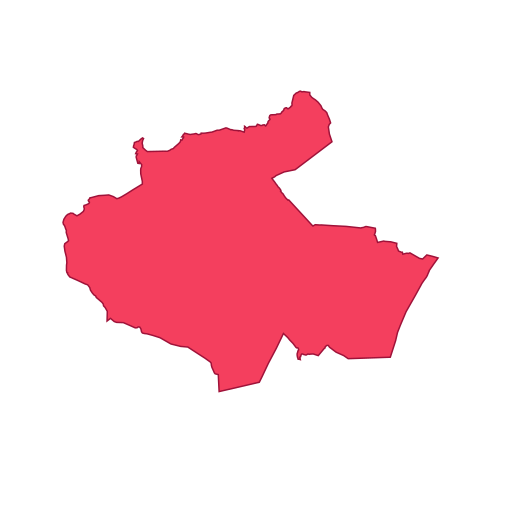 outline of Huiramba, Michoacán, Mexico, rotated 136°
{"feature_id": "50627088B30208829645269", "entity_name": "Huiramba", "entity_type": "district", "adm_level": 2, "iso_a3": "MEX", "parent_name": "Mexico", "parent_adm1": "Michoacán", "projection": "natural_earth1", "projection_center": [-101.469, 19.525], "detail": "fine", "context": "isolated", "style": "filled", "palette": "rose", "viewbox_px": 512, "rotation_deg": 136, "n_neighbors": 0, "source": "geoboundaries", "source_scale": "gbopen_adm2", "svg_char_len": 6085}
<svg xmlns="http://www.w3.org/2000/svg" viewBox="0 0 512 512"><g transform="rotate(136 256 256)"><path d="M393.2,289.2L392.8,288.2L391.4,287.0L389.9,286.8L389.0,285.5L389.5,283.4L391.0,281.0L391.2,279.5L390.1,277.7L388.5,275.8L385.4,270.6L381.8,263.9L378.3,251.8L373.0,243.3L368.3,237.9L365.9,227.4L363.7,218.0L362.5,211.5L362.7,210.0L364.0,208.4L365.0,206.6L367.1,200.9L367.2,199.6L365.5,196.9L376.7,184.1L341.3,162.9L335.7,164.9L321.7,170.2L305.5,175.5L290.1,181.2L289.8,175.3L290.1,172.3L290.1,171.2L290.1,167.4L290.7,162.5L290.6,161.7L290.2,161.4L289.7,160.9L290.0,159.7L290.5,158.9L292.0,158.5L292.4,158.1L294.2,157.2L295.2,156.2L295.7,155.5L296.4,154.5L296.9,153.4L297.4,152.5L296.7,151.8L296.1,150.7L295.4,151.8L294.9,152.8L294.0,152.5L292.5,153.4L291.4,153.8L290.9,153.5L290.4,152.9L290.3,152.3L289.9,151.7L289.3,150.7L288.8,150.0L287.8,149.7L286.7,149.4L286.1,148.4L285.1,147.7L282.9,145.8L280.4,141.1L271.0,142.1L270.3,141.9L269.3,142.6L268.6,142.5L268.0,142.6L267.5,142.6L266.7,142.1L266.1,141.4L266.5,139.4L265.7,134.4L265.2,131.2L262.1,123.5L261.0,118.1L229.7,89.9L214.4,98.1L207.3,102.7L200.1,106.0L186.7,111.7L169.0,116.9L160.6,119.5L158.3,120.2L155.9,121.0L152.0,121.8L148.3,122.4L146.0,123.1L145.7,123.3L144.8,123.7L141.6,125.0L141.4,125.3L140.6,125.4L133.5,126.8L132.5,127.0L132.3,127.0L126.4,128.1L127.9,130.8L129.6,133.7L132.4,138.1L135.5,138.1L138.2,138.1L140.1,140.8L140.4,142.0L143.1,151.3L144.6,152.0L145.5,153.2L146.6,153.9L149.1,155.3L148.1,157.0L148.6,157.3L150.0,160.6L149.2,162.5L148.3,165.2L145.9,167.3L149.2,172.6L153.2,177.1L153.7,178.0L159.1,181.3L157.3,184.9L156.0,187.7L156.1,187.9L156.1,188.0L156.2,188.3L156.3,188.5L156.3,188.8L156.2,189.0L155.0,189.5L153.6,190.3L152.9,190.7L151.3,192.5L150.9,193.1L155.9,200.2L156.5,200.9L156.9,201.1L158.6,201.8L159.3,202.2L160.2,202.9L161.0,203.2L168.1,211.7L170.6,214.7L179.4,224.1L187.3,232.8L188.8,234.2L191.7,237.4L194.2,238.0L194.3,239.4L193.5,273.6L194.2,273.9L194.3,276.7L194.1,278.5L193.8,280.2L193.4,281.7L193.5,283.8L193.3,285.4L193.0,285.3L192.5,286.0L192.2,287.4L192.0,289.0L192.1,290.6L191.7,292.1L191.6,293.7L191.1,296.7L191.0,298.0L190.6,300.9L187.6,300.0L185.7,299.9L177.3,296.9L167.9,290.9L122.0,285.4L118.5,292.7L114.3,298.6L111.9,299.8L109.9,299.9L108.2,303.3L106.5,307.8L105.5,310.0L105.5,312.4L106.1,315.1L105.8,316.6L104.9,319.0L104.5,323.5L104.8,327.0L105.4,329.7L105.7,331.5L105.4,334.5L103.7,336.3L106.8,340.2L107.0,340.6L107.7,341.3L108.0,341.5L108.5,341.8L108.8,342.1L109.2,342.7L109.3,343.0L109.3,343.3L109.3,343.5L109.8,343.9L110.5,344.3L111.3,344.4L112.1,344.6L112.6,344.6L112.8,344.8L113.2,345.0L113.9,345.3L117.3,345.3L123.9,341.1L124.1,340.9L124.5,340.3L125.1,339.7L125.8,339.2L126.0,339.2L126.3,339.2L126.5,339.3L126.8,339.4L127.1,339.4L127.3,339.2L127.6,339.1L129.0,339.3L130.4,339.5L130.7,339.7L130.9,340.0L131.0,340.2L131.0,341.4L131.4,341.8L133.0,342.4L133.4,342.4L133.8,342.2L134.0,342.1L134.3,341.9L134.5,341.7L135.2,341.7L136.0,341.5L137.1,341.7L137.3,341.7L137.6,341.5L138.2,341.4L138.7,341.3L139.3,341.3L139.7,341.3L140.4,341.9L141.3,342.6L141.8,343.1L142.4,343.6L142.8,343.8L143.4,343.8L147.1,347.1L147.5,347.3L148.1,347.4L148.7,347.4L149.1,347.1L149.7,346.8L150.3,346.5L150.6,346.1L150.8,345.5L150.8,344.8L151.0,344.6L151.4,344.5L152.2,344.5L153.7,344.4L153.9,344.3L154.1,344.2L154.7,343.8L155.4,343.3L155.7,343.3L156.5,343.3L157.4,343.0L158.0,342.8L158.3,342.8L158.8,342.9L158.9,343.8L158.9,344.1L158.7,344.4L159.3,344.9L160.0,345.5L160.9,345.7L161.7,346.3L162.1,346.8L162.3,347.4L162.5,347.6L162.7,348.3L162.8,348.6L163.5,349.8L164.1,349.6L165.9,349.2L166.9,350.0L170.8,353.7L173.7,354.3L173.9,354.7L174.0,355.2L174.0,355.7L173.9,356.4L174.1,357.2L174.7,356.5L175.1,356.1L175.9,356.0L176.1,355.8L176.3,354.9L176.4,354.6L178.5,353.3L180.3,356.9L181.4,358.2L181.8,358.3L181.7,358.6L184.7,361.9L185.7,363.8L186.3,364.1L187.7,367.4L188.1,368.3L188.7,369.1L195.0,372.0L196.6,373.5L201.8,375.8L203.0,376.8L205.2,378.3L207.2,379.7L208.8,381.1L210.0,382.4L210.2,382.5L210.5,382.1L210.8,382.0L211.6,382.3L211.7,382.5L212.6,382.9L213.0,383.2L213.3,383.6L213.6,384.3L213.8,385.3L214.1,385.6L214.2,385.9L215.6,386.7L217.5,388.1L218.8,389.0L220.0,390.6L220.8,392.0L222.0,393.8L222.3,393.5L223.5,393.9L223.8,393.9L224.4,393.6L225.0,393.4L226.6,393.2L225.8,392.3L225.6,392.2L225.4,391.9L226.1,391.4L227.2,391.3L228.9,390.8L229.5,391.8L230.3,391.2L231.4,390.7L232.3,390.6L234.2,390.6L239.3,390.9L240.8,390.7L242.9,391.7L244.5,391.9L247.0,392.9L249.6,395.5L258.8,404.0L261.6,406.6L262.0,408.9L262.1,412.7L261.1,413.6L259.5,416.2L257.3,417.8L255.3,418.6L255.6,419.8L257.7,420.1L261.0,420.1L261.8,421.0L263.4,421.5L264.6,422.1L266.2,420.9L267.3,420.4L268.7,419.4L268.1,416.5L267.8,415.7L268.0,414.2L269.8,413.9L271.5,413.2L270.4,411.7L271.9,411.2L272.7,411.1L272.9,410.9L273.5,410.4L273.9,409.7L274.8,408.1L276.6,404.8L275.8,403.7L274.5,404.9L274.8,401.1L276.3,399.7L278.0,399.0L279.3,397.9L281.8,395.2L283.2,393.0L285.9,388.7L287.8,386.7L298.4,389.1L305.8,390.6L311.7,392.0L314.4,392.9L316.3,393.9L317.3,397.7L319.5,402.2L322.2,404.4L327.2,408.7L333.5,412.2L335.1,413.2L335.3,413.0L336.8,412.7L337.8,412.7L338.2,412.3L338.3,411.8L338.4,410.5L338.7,410.2L339.0,410.0L340.2,410.0L341.3,410.3L343.5,411.2L344.2,411.6L344.4,411.8L344.5,411.8L345.2,411.5L345.7,410.9L346.0,410.5L346.6,409.4L346.9,409.1L347.7,408.6L349.2,408.0L353.6,408.4L356.9,409.3L357.9,412.7L358.0,413.8L359.6,415.7L359.9,415.8L360.7,415.9L361.2,416.1L362.0,416.6L362.6,416.6L363.8,416.8L365.3,416.7L368.6,415.9L370.7,414.7L371.5,414.2L372.5,412.5L372.6,411.0L373.1,409.7L374.0,407.9L374.6,406.2L376.2,404.7L377.8,401.6L379.1,399.0L380.2,397.3L381.3,397.2L385.0,397.7L387.1,396.3L390.1,392.2L393.2,386.8L396.8,382.5L398.6,381.1L402.4,377.3L403.5,375.5L403.2,374.7L403.8,374.4L404.2,373.0L404.5,370.2L401.6,363.2L398.3,354.5L397.1,352.3L397.5,348.8L398.8,346.4L399.4,343.3L399.6,340.6L399.1,338.6L399.7,337.1L399.0,329.8L399.2,327.7L400.3,326.0L400.3,323.8L401.4,319.5L408.3,312.7L404.0,312.2L403.5,307.3L402.4,305.1L397.7,300.2L395.0,293.7L393.2,289.2Z" fill="#f43f5e" stroke="#9f1239" stroke-width="1.5"/></g></svg>